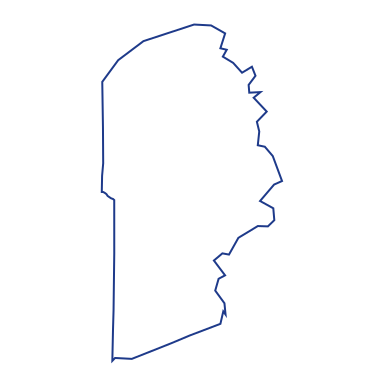 outline of Claiborne, Tennessee, United States of America, rotated 269°
{"feature_id": "52423323B30957198901139", "entity_name": "Claiborne", "entity_type": "district", "adm_level": 2, "iso_a3": "USA", "parent_name": "United States of America", "parent_adm1": "Tennessee", "projection": "natural_earth1", "projection_center": [-83.671, 36.467], "detail": "fine", "context": "isolated", "style": "outline", "palette": "blue", "viewbox_px": 384, "rotation_deg": 269, "n_neighbors": 0, "source": "geoboundaries", "source_scale": "gbopen_adm2", "svg_char_len": 897}
<svg xmlns="http://www.w3.org/2000/svg" viewBox="0 0 384 384"><g transform="rotate(269 192 192)"><path d="M24.6,109.4L27.4,112.2L26.2,128.9L41.1,168.5L48.6,187.3L59.7,218.1L72.1,221.2L68.9,223.4L80.2,222.5L93.0,213.5L104.8,217.1L108.1,223.6L123.1,212.7L130.1,221.3L128.8,227.9L145.4,237.6L156.8,257.2L156.3,267.3L162.4,273.8L174.3,273.0L181.8,259.9L198.0,274.2L201.4,282.2L226.5,273.4L236.0,265.6L237.6,258.6L251.3,260.3L261.1,258.1L271.1,268.1L285.2,255.3L290.7,262.2L290.3,251.0L298.1,250.5L307.1,257.5L316.2,254.1L310.4,244.1L320.4,235.4L326.8,225.2L333.6,229.2L335.2,222.9L350.0,227.9L358.2,214.0L359.4,197.0L343.7,146.1L325.1,120.5L303.7,104.2L257.9,104.1L222.2,103.7L209.8,102.4L196.5,101.9L193.6,101.8L193.5,103.3L192.7,104.7L191.4,106.4L189.5,107.6L187.1,111.0L186.4,112.9L185.3,114.1L132.1,113.2L75.0,111.5L55.4,110.6L24.6,109.4Z" fill="none" stroke="#1e3a8a" stroke-width="2"/></g></svg>